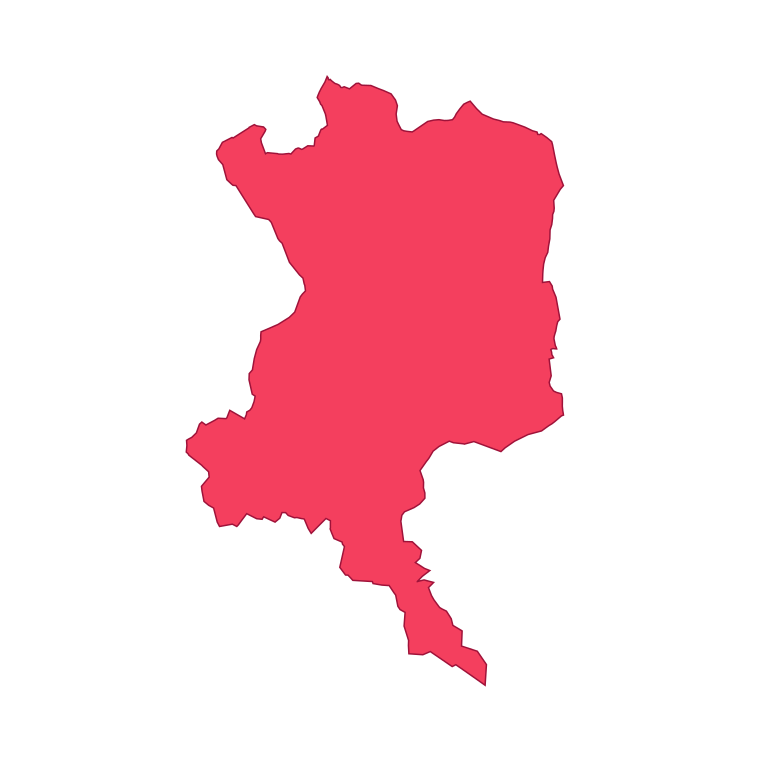 Kubau, Kaduna, Nigeria (Robinson projection), rotated 352°
{"feature_id": "59680162B90439441381954", "entity_name": "Kubau", "entity_type": "district", "adm_level": 2, "iso_a3": "NGA", "parent_name": "Nigeria", "parent_adm1": "Kaduna", "projection": "robinson", "projection_center": [8.343, 10.814], "detail": "fine", "context": "isolated", "style": "filled", "palette": "rose", "viewbox_px": 768, "rotation_deg": 352, "n_neighbors": 0, "source": "geoboundaries", "source_scale": "gbopen_adm2", "svg_char_len": 4786}
<svg xmlns="http://www.w3.org/2000/svg" viewBox="0 0 768 768"><g transform="rotate(352 384 384)"><path d="M490.4,467.2L495.1,464.0L505.4,458.8L519.6,454.1L533.5,452.4L537.4,450.3L541.4,448.2L544.9,446.7L547.7,445.1L555.4,440.2L557.4,439.8L557.4,438.0L557.3,435.1L557.5,430.8L558.1,426.9L558.7,422.6L558.4,418.4L553.6,416.3L550.9,414.5L548.2,409.2L547.8,405.4L550.7,399.2L551.0,382.3L555.6,381.6L555.0,380.1L554.8,379.4L554.4,378.5L554.3,378.2L554.4,376.2L554.3,374.7L553.9,373.3L554.3,373.0L554.5,372.8L555.0,372.7L556.2,372.4L556.5,372.5L558.0,372.9L559.9,373.3L559.9,373.2L559.6,371.6L559.0,369.8L558.6,362.8L559.1,360.7L560.3,357.9L561.5,355.4L563.1,350.4L564.7,346.5L567.3,344.3L566.4,322.0L564.2,313.6L564.2,310.4L562.1,305.6L555.1,305.5L556.5,297.3L557.3,293.4L558.8,287.4L561.2,281.4L564.5,276.4L566.1,270.4L568.4,263.4L569.9,254.5L572.3,249.5L573.9,243.6L574.6,239.6L576.3,236.6L577.0,233.6L577.6,225.7L584.0,217.8L585.7,215.7L589.3,212.5L586.6,200.6L585.7,193.4L585.3,189.1L584.8,181.7L584.2,170.5L583.8,167.4L579.5,162.6L575.0,158.4L574.4,157.9L573.4,158.5L572.8,158.7L572.1,158.5L571.4,158.2L570.9,158.2L570.7,155.9L570.4,155.7L566.3,153.9L559.2,149.2L556.6,147.8L548.2,143.3L545.3,142.2L538.7,141.0L535.1,139.2L529.4,136.9L518.8,130.5L514.1,124.4L508.7,115.9L505.7,116.7L501.9,118.0L497.4,122.1L493.3,126.3L491.1,129.5L488.6,131.8L484.1,131.9L480.5,131.5L475.2,129.9L469.9,129.6L463.8,130.1L453.7,135.1L448.7,137.6L447.0,138.3L441.9,137.0L438.8,136.0L436.5,134.5L434.8,129.7L433.5,125.6L433.6,118.3L436.0,110.3L434.9,104.4L431.4,97.7L424.3,93.3L419.7,90.8L412.6,86.6L403.4,85.0L400.8,82.6L398.2,82.5L390.9,86.9L385.9,84.1L384.0,84.6L382.5,84.3L381.6,82.2L379.8,80.8L377.2,79.5L374.5,76.7L373.0,74.8L371.9,75.2L371.2,74.3L371.3,73.0L370.5,71.6L367.5,76.8L362.6,83.0L361.7,84.4L360.8,85.6L358.9,88.8L357.7,91.0L359.6,95.5L360.2,98.1L361.3,99.6L361.9,101.9L363.4,107.9L363.7,109.7L363.6,109.9L363.7,110.2L364.0,120.0L358.4,123.1L357.6,122.9L357.4,123.1L356.8,123.6L355.8,125.3L353.5,129.4L350.0,130.8L348.2,137.8L347.8,138.5L347.7,138.6L341.7,137.5L335.9,140.1L335.1,140.2L332.4,138.5L331.6,138.4L329.1,139.0L323.8,143.3L321.9,142.5L315.6,142.3L311.4,141.6L310.8,141.1L300.7,138.7L298.7,139.5L296.2,128.2L296.0,124.0L301.2,117.5L301.5,117.1L302.4,115.4L300.5,112.7L293.7,110.6L291.7,109.1L286.1,111.1L285.9,111.6L276.2,116.0L268.8,119.4L267.8,118.7L257.6,122.2L253.2,128.2L250.8,130.0L250.2,132.9L250.4,135.2L251.3,138.8L254.9,144.3L256.8,159.8L260.8,164.8L262.1,166.2L265.0,166.9L278.8,197.6L279.2,198.4L279.3,198.5L280.1,200.3L292.6,205.0L293.4,206.0L294.9,208.3L298.5,222.5L299.2,225.3L300.5,227.7L302.7,230.4L307.3,250.4L315.5,264.2L318.5,267.9L318.9,273.7L319.3,275.4L319.2,280.9L315.7,283.6L313.2,286.1L305.6,300.4L299.4,304.9L287.3,310.3L269.5,315.2L268.7,318.6L268.2,322.4L267.5,324.7L262.7,332.2L259.1,340.7L255.8,351.2L255.8,351.6L252.0,354.9L250.9,361.1L251.3,365.8L252.1,375.7L254.7,378.1L252.9,383.3L249.8,389.1L247.5,391.3L244.2,392.6L243.4,395.3L241.1,399.1L227.6,388.6L223.7,395.6L222.7,396.3L214.9,394.8L211.0,396.5L201.9,399.8L201.0,398.9L198.3,396.3L195.7,398.1L191.4,406.3L186.2,410.1L182.6,411.4L180.6,412.3L180.3,416.9L180.2,417.7L178.8,423.5L178.7,423.9L180.2,425.7L180.9,427.4L192.2,439.1L193.1,440.4L198.1,446.5L197.9,451.9L189.0,459.9L188.9,464.7L189.4,475.2L193.5,479.7L198.0,483.1L198.7,489.2L199.5,496.3L199.6,497.4L201.3,502.2L214.3,501.7L218.4,504.6L220.2,503.2L224.2,499.1L230.0,493.3L239.2,499.7L244.5,501.0L245.4,499.8L245.5,499.7L246.2,499.0L246.4,498.8L256.9,505.6L262.1,502.4L265.1,497.1L268.7,497.7L270.8,500.8L276.7,504.0L279.2,504.1L283.6,505.8L285.5,506.3L286.3,506.8L288.7,516.0L288.8,516.4L291.1,521.8L295.3,518.6L307.8,509.1L311.9,511.9L310.9,519.0L310.5,520.0L311.5,524.4L313.0,530.1L320.5,534.7L320.6,536.7L322.2,539.5L314.7,559.4L319.3,567.8L321.8,568.3L325.8,574.1L345.0,578.0L345.4,580.1L353.8,582.8L359.9,584.1L361.0,584.2L365.0,592.5L366.0,594.3L366.2,594.6L366.8,606.1L368.5,609.6L373.1,613.1L370.2,626.5L372.7,641.6L372.6,641.8L371.8,646.4L371.1,654.6L384.8,657.5L392.6,655.4L412.2,673.3L416.1,672.0L432.1,686.9L442.2,696.4L446.4,676.1L439.2,661.6L436.5,660.3L424.3,654.3L427.0,639.4L418.6,632.6L417.9,625.8L414.2,617.6L410.2,614.9L408.0,613.1L406.9,611.2L403.4,604.7L401.6,600.2L399.7,591.8L404.0,588.6L405.5,587.4L396.4,583.6L391.9,584.0L389.5,584.3L389.5,584.2L390.4,583.5L395.1,579.8L403.4,575.1L398.5,572.3L390.2,565.2L395.3,561.6L398.0,554.0L390.1,544.2L381.5,542.7L381.6,521.7L381.9,521.4L383.4,516.5L386.5,513.4L396.5,510.6L402.6,507.8L404.8,506.0L408.6,502.8L409.3,497.6L408.6,492.4L409.5,486.9L409.5,484.2L407.6,474.7L415.2,466.6L418.0,463.9L420.5,460.8L423.3,457.3L429.8,453.5L440.7,449.7L444.5,451.8L454.4,454.3L455.2,454.7L465.0,453.5L490.4,467.2Z" fill="#f43f5e" stroke="#9f1239" stroke-width="1.5"/></g></svg>